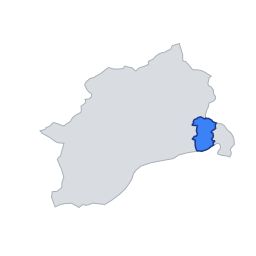 where Montana sits in Bulgaria, rotated 159°
{"feature_id": "BGR-2250", "entity_name": "Montana", "entity_type": "Province", "adm_level": 1, "iso_a3": "BGR", "parent_name": "Bulgaria", "parent_adm1": "", "projection": "orthographic", "projection_center": [23.215, 43.499], "detail": "fine", "context": "in_parent", "style": "filled", "palette": "blue", "viewbox_px": 256, "rotation_deg": 159, "n_neighbors": 0, "source": "natural_earth", "source_scale": "10m", "svg_char_len": 3212}
<svg xmlns="http://www.w3.org/2000/svg" viewBox="0 0 256 256"><g transform="rotate(159 128 128)"><path d="M211.1,156.9L206.8,156.4L205.3,156.7L204.4,157.8L202.4,157.7L199.9,157.9L197.4,159.2L196.0,159.8L194.1,158.8L190.4,155.7L188.1,153.4L186.5,152.9L184.9,153.7L179.2,154.8L177.9,156.2L175.3,157.8L172.7,158.6L168.9,159.3L166.9,159.3L165.8,160.1L164.9,162.3L164.3,164.4L163.8,165.3L159.1,166.6L158.0,167.8L157.8,169.0L157.9,170.2L154.1,169.2L151.1,170.1L150.5,171.0L149.9,172.4L150.3,173.8L151.4,175.1L152.6,178.7L153.1,182.4L152.5,184.5L150.4,186.1L145.8,187.9L141.4,187.3L139.5,188.0L136.2,188.3L133.2,188.8L128.6,190.4L124.4,191.4L120.6,188.4L116.0,186.5L111.3,185.3L109.7,186.2L109.0,187.0L105.1,184.3L103.3,183.4L102.4,182.3L100.7,178.7L99.8,178.6L96.5,180.0L93.4,180.0L91.6,179.8L86.0,180.0L85.3,182.5L84.6,182.9L83.4,183.2L80.4,183.1L76.6,185.0L72.6,186.1L69.4,186.1L66.1,185.6L64.2,186.0L59.9,186.2L57.3,188.9L53.1,188.7L49.6,188.3L50.0,187.4L50.7,176.8L52.5,172.1L52.4,171.1L52.1,170.3L50.5,169.6L49.4,167.0L47.2,160.2L45.9,158.9L42.3,157.4L39.2,155.5L36.5,152.9L31.7,146.5L34.2,145.9L34.9,144.6L37.4,141.1L37.7,139.4L37.4,138.4L35.8,136.7L34.7,133.1L35.6,129.7L35.7,127.9L34.9,126.1L35.8,124.0L37.5,122.8L38.6,122.5L43.3,122.3L46.2,118.0L48.0,116.6L49.8,114.1L50.7,113.2L51.5,111.3L51.7,109.4L48.1,106.6L46.9,104.5L45.3,102.2L43.1,100.7L38.7,97.9L37.0,95.2L36.3,91.6L35.1,88.9L33.9,87.1L33.6,85.7L33.1,83.9L33.0,80.5L34.1,75.9L34.8,74.3L36.3,73.9L40.2,71.5L40.4,68.3L41.2,66.4L42.4,65.3L43.6,64.6L45.7,66.4L50.9,69.3L53.4,71.4L53.3,72.7L52.1,74.0L49.8,75.3L48.5,76.9L48.1,79.0L48.5,80.5L50.0,81.8L59.4,80.1L69.0,81.0L81.8,83.7L90.3,84.6L96.6,83.2L108.2,85.4L119.1,87.4L129.5,87.8L135.3,85.9L139.3,83.4L142.7,78.9L151.1,72.8L159.4,69.2L170.2,66.1L177.5,64.9L178.5,65.7L188.1,70.6L192.2,70.4L195.7,71.2L197.0,72.5L197.8,72.8L202.2,71.3L204.3,74.1L207.7,78.0L213.1,79.8L217.9,80.7L219.3,80.8L224.3,80.4L224.2,90.7L221.6,95.7L217.0,94.3L211.3,96.0L208.6,101.6L207.0,103.3L205.5,105.3L204.9,112.4L205.3,123.9L203.2,125.5L201.2,126.0L193.3,136.6L198.3,139.2L200.6,141.3L204.4,147.1L209.9,153.7L211.1,156.9Z" fill="#d9dde1" stroke="#a8b0b8" stroke-width="1"/><path d="M51.9,109.4L51.9,108.9L51.4,108.7L49.8,108.3L49.3,108.0L48.9,107.5L48.0,106.4L47.3,105.6L47.1,105.4L47.0,105.0L46.9,104.2L46.8,103.9L46.4,103.3L44.2,101.1L43.9,100.9L45.4,99.6L46.2,97.3L46.2,96.4L46.9,96.1L48.0,95.6L49.8,95.4L51.5,94.9L51.8,94.2L51.6,93.4L50.9,93.2L50.6,92.6L51.1,90.3L52.1,88.6L53.6,88.1L54.0,87.5L53.6,86.6L53.4,85.7L52.8,85.5L52.2,85.3L51.8,84.7L52.3,84.1L53.0,84.2L53.8,84.0L54.0,83.0L54.2,81.4L56.6,81.2L57.5,80.8L58.6,80.6L59.7,80.0L62.5,79.6L67.4,79.8L70.8,81.7L71.6,81.8L72.0,83.2L71.7,86.9L71.2,88.4L70.6,89.9L70.5,90.4L70.6,90.9L70.2,91.4L69.7,91.8L69.5,92.5L70.1,93.0L70.4,93.2L70.8,93.4L71.0,93.8L71.3,94.1L71.7,94.3L71.8,94.8L71.3,95.2L70.8,94.9L70.1,95.5L69.4,96.3L68.8,96.3L68.2,96.3L67.4,95.8L66.2,96.6L65.2,97.9L65.3,99.6L65.0,101.2L64.3,102.3L63.7,103.5L62.9,104.4L62.6,105.6L65.0,106.5L66.9,107.5L66.5,108.5L65.7,108.6L64.8,109.3L64.9,110.4L63.7,111.7L62.4,112.2L61.4,111.9L60.4,112.1L59.3,112.6L56.4,112.4L55.6,111.8L53.4,109.1L51.9,109.4Z" fill="#3b82f6" stroke="#1e3a8a" stroke-width="1.5"/></g></svg>